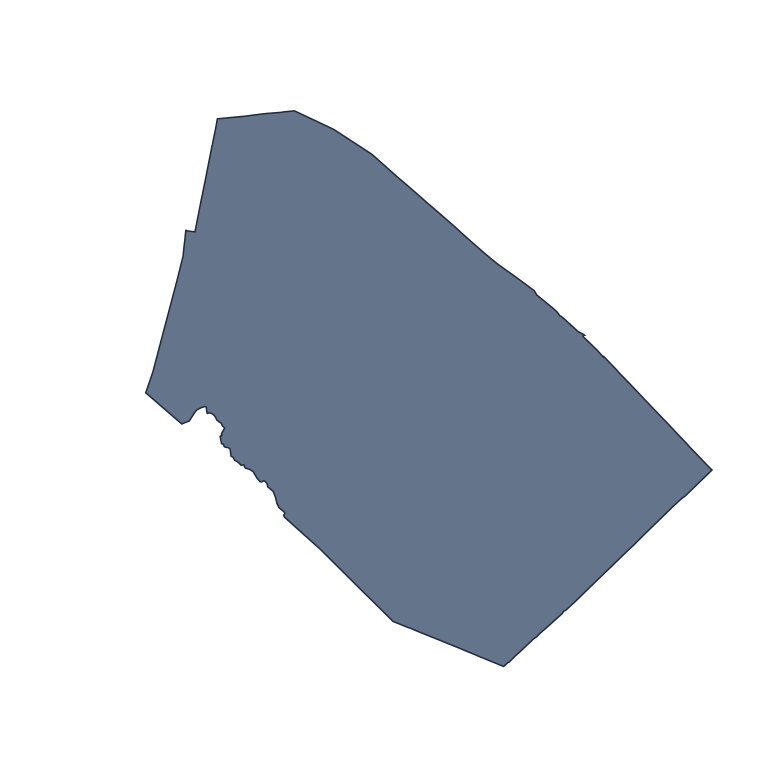 Melchor Ocampo, Nuevo León, Mexico, rotated 42°
{"feature_id": "50627088B70877597446889", "entity_name": "Melchor Ocampo", "entity_type": "district", "adm_level": 2, "iso_a3": "MEX", "parent_name": "Mexico", "parent_adm1": "Nuevo León", "projection": "orthographic", "projection_center": [-99.496, 26.046], "detail": "fine", "context": "isolated", "style": "filled", "palette": "slate", "viewbox_px": 768, "rotation_deg": 42, "n_neighbors": 0, "source": "geoboundaries", "source_scale": "gbopen_adm2", "svg_char_len": 3561}
<svg xmlns="http://www.w3.org/2000/svg" viewBox="0 0 768 768"><g transform="rotate(42 384 384)"><path d="M456.7,214.7L437.9,215.6L433.3,214.1L413.6,216.0L398.1,217.7L388.3,218.8L378.7,219.3L369.4,219.6L346.8,219.9L335.1,219.8L325.6,219.8L322.9,219.9L315.4,220.0L314.2,220.0L294.0,220.5L286.6,220.5L277.0,220.7L268.7,220.8L255.2,221.2L221.2,221.4L176.4,228.4L134.7,240.9L129.1,247.0L127.1,249.2L126.0,250.7L115.0,262.3L108.4,269.9L101.3,278.2L82.7,298.4L87.8,306.6L93.9,317.0L96.5,321.2L96.6,321.7L105.2,336.1L116.0,354.1L121.4,363.4L121.9,363.9L122.5,365.2L124.1,368.0L141.7,397.4L138.2,399.9L135.9,401.4L135.4,401.9L134.8,402.2L134.3,402.1L133.9,402.5L138.8,409.1L142.3,414.1L149.2,423.6L160.3,444.5L160.5,444.9L160.9,445.6L189.0,500.3L204.2,529.8L212.7,549.7L212.8,550.0L248.2,549.3L260.6,549.0L260.9,548.3L261.2,547.5L262.3,545.2L263.3,543.2L263.7,542.7L264.1,541.6L263.8,540.3L262.2,530.3L262.4,528.0L263.1,526.2L264.2,523.5L265.5,521.3L266.4,520.3L267.0,520.1L267.5,520.2L268.1,520.7L269.5,522.1L271.4,523.6L272.1,524.1L272.5,524.0L272.9,523.6L273.0,523.0L273.5,522.4L274.3,522.0L274.9,521.6L276.3,521.1L277.2,520.9L278.0,520.9L279.0,521.0L280.3,521.3L281.4,521.6L282.4,522.0L283.6,522.7L284.8,522.5L286.9,522.5L288.7,522.1L290.0,522.3L291.0,523.0L291.7,523.2L295.0,523.4L296.0,527.7L296.6,530.0L297.3,530.3L297.9,530.6L297.9,530.8L297.9,531.2L297.3,532.0L297.3,532.5L297.7,533.0L299.2,534.1L302.8,536.8L303.4,537.0L304.3,536.7L304.9,536.2L305.3,536.3L306.7,537.3L307.5,537.4L308.5,537.1L310.5,535.8L311.7,535.4L312.7,535.3L313.4,535.5L318.6,540.0L320.5,539.6L321.4,539.6L322.9,540.2L323.8,540.6L324.5,540.7L325.4,540.3L326.1,540.0L328.8,539.8L330.4,539.9L331.2,540.0L332.0,540.1L332.3,539.9L332.9,539.1L333.6,538.2L334.0,538.0L334.4,538.0L335.6,538.7L337.0,539.2L337.6,539.2L340.7,537.5L345.4,536.7L352.8,539.0L357.3,539.5L358.4,538.9L358.7,538.3L359.2,536.7L359.9,536.2L361.2,536.0L362.6,536.2L363.9,536.5L364.9,537.0L366.1,538.2L367.5,538.2L368.7,538.1L369.8,538.0L370.8,538.2L372.2,538.0L373.5,538.0L376.5,539.5L379.3,540.9L384.3,544.4L386.4,545.1L388.4,546.2L395.4,545.9L396.0,546.1L396.5,546.3L396.9,546.8L397.2,547.4L397.1,548.1L397.1,548.5L397.5,548.9L399.3,549.6L444.9,549.5L445.9,549.4L449.4,549.6L476.1,550.9L494.4,551.8L506.0,552.4L520.4,553.0L528.8,553.4L549.7,554.4L555.6,552.2L560.2,550.6L565.4,548.6L567.1,547.8L569.7,547.0L575.4,545.0L580.3,543.2L586.4,541.0L592.0,538.9L605.1,534.2L613.5,531.1L617.9,529.5L620.7,528.6L632.4,524.4L638.8,522.2L661.9,513.9L662.5,508.0L663.1,507.3L663.2,504.9L663.5,498.6L664.1,493.6L665.7,473.6L666.3,470.8L666.7,469.7L666.7,468.5L666.7,466.8L666.7,465.7L667.8,456.7L670.1,434.9L669.5,433.0L669.5,432.6L669.9,431.9L670.3,431.2L670.6,429.6L671.8,416.4L672.4,407.0L673.0,397.4L674.1,381.3L674.4,376.6L675.2,366.9L675.3,364.4L676.1,352.3L676.9,341.9L677.4,336.0L678.0,324.0L678.7,313.1L679.9,295.1L680.6,283.7L681.0,279.0L681.6,272.2L682.0,269.1L682.6,266.8L682.9,264.2L685.3,228.4L681.2,228.3L668.4,227.3L651.2,226.1L650.2,225.8L638.9,225.0L621.0,223.5L598.6,221.9L569.6,219.6L557.3,218.7L553.0,218.5L547.6,217.9L529.1,216.5L529.2,217.2L519.5,216.2L513.6,216.0L509.2,215.8L500.4,215.6L500.0,215.2L499.7,214.9L499.8,214.6L500.1,214.0L500.4,213.6L498.9,213.7L496.9,214.2L494.4,214.8L493.2,215.2L492.1,215.2L484.2,215.0L483.5,215.4L482.9,215.0L482.1,215.0L481.4,215.1L480.2,215.1L476.4,215.0L474.3,215.0L472.2,215.2L471.1,215.2L470.2,215.1L469.5,215.5L469.0,215.7L468.5,215.7L467.7,215.4L467.1,215.1L464.6,214.7L461.3,214.6L459.0,214.6L456.7,214.7Z" fill="#64748b" stroke="#1e293b" stroke-width="1.5"/></g></svg>